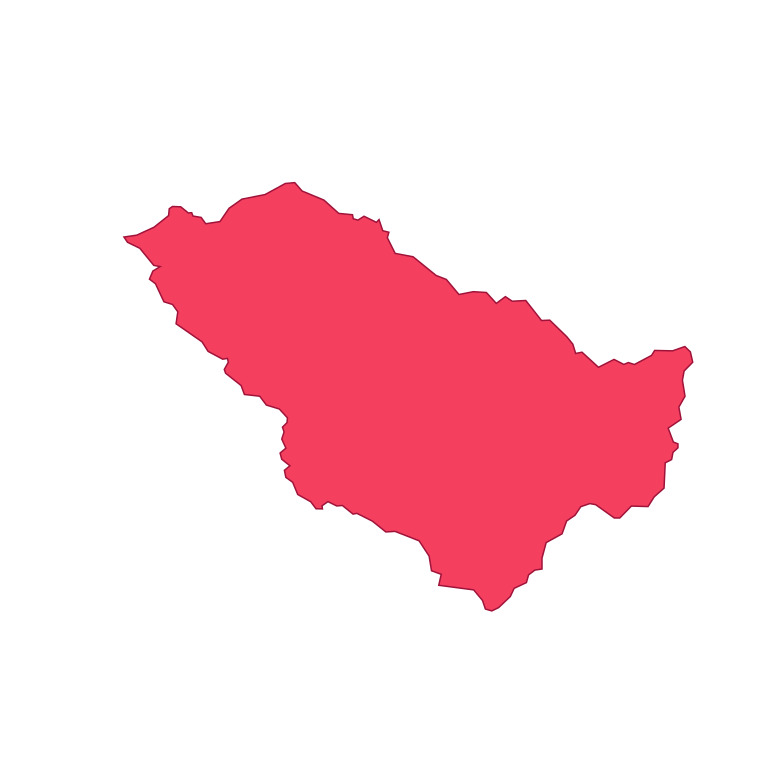 outline of Na Muen, Nan, Thailand, rotated 205°
{"feature_id": "78962969B50477560257037", "entity_name": "Na Muen", "entity_type": "district", "adm_level": 2, "iso_a3": "THA", "parent_name": "Thailand", "parent_adm1": "Nan", "projection": "albers", "projection_center": [100.638, 18.137], "detail": "medium", "context": "isolated", "style": "filled", "palette": "rose", "viewbox_px": 768, "rotation_deg": 205, "n_neighbors": 0, "source": "geoboundaries", "source_scale": "gbopen_adm2", "svg_char_len": 1949}
<svg xmlns="http://www.w3.org/2000/svg" viewBox="0 0 768 768"><g transform="rotate(205 384 384)"><path d="M681.8,407.3L676.3,404.0L662.7,403.8L642.8,394.2L636.5,395.8L641.2,388.7L640.9,379.9L633.5,378.3L618.2,365.5L609.3,366.7L601.4,362.3L597.9,350.7L566.7,345.3L557.2,339.2L540.7,338.3L536.7,341.0L534.3,337.9L534.9,329.7L532.1,326.8L512.8,322.2L506.1,315.5L491.5,320.4L481.7,315.2L468.3,317.1L457.2,312.5L455.6,308.0L457.8,302.0L454.3,298.3L453.4,290.9L445.8,284.4L449.0,277.5L444.9,272.6L434.7,270.1L437.8,263.7L433.5,257.9L425.2,256.3L415.5,247.4L400.6,246.3L392.9,242.2L387.0,244.8L388.7,247.4L385.1,253.7L375.3,253.5L370.4,256.3L357.1,253.0L353.9,255.3L336.6,254.8L319.8,250.7L311.7,255.1L285.9,256.7L270.4,247.1L262.0,234.8L251.7,235.7L249.3,224.7L215.7,235.3L203.2,229.4L197.0,222.9L190.4,223.9L185.6,229.8L179.7,244.8L179.7,253.8L171.0,264.2L172.3,272.1L168.6,279.1L162.6,283.1L167.2,292.9L170.0,308.8L159.3,323.5L160.6,337.0L155.4,345.8L153.8,356.0L146.9,362.6L141.2,364.1L118.7,359.9L113.7,362.2L108.2,377.9L92.9,384.5L91.4,396.0L86.2,408.0L95.8,431.4L91.4,437.1L93.2,444.2L90.6,450.4L92.3,454.0L97.2,453.7L107.8,464.1L99.8,477.5L107.0,487.7L106.0,500.1L115.1,513.5L117.5,522.6L113.4,534.2L119.9,542.6L127.2,545.1L136.5,536.0L152.9,528.8L153.6,523.0L165.3,507.5L171.6,506.7L174.9,503.1L185.9,503.5L196.7,489.8L218.0,496.5L223.2,492.7L229.7,499.9L238.3,504.1L260.8,511.9L268.1,508.1L290.8,519.6L302.8,513.2L310.9,514.5L316.3,504.5L329.9,510.2L342.1,505.4L353.9,496.8L371.7,505.1L382.7,504.4L411.4,511.6L429.1,507.1L442.8,518.0L443.7,523.6L449.9,522.4L458.0,530.9L459.2,527.3L473.0,527.6L476.9,521.5L481.7,520.8L484.1,524.1L497.1,519.5L516.2,525.3L539.8,524.3L550.0,528.8L558.2,524.0L571.9,505.4L590.8,491.6L598.7,477.8L601.3,461.9L613.3,453.9L620.1,457.7L628.1,455.5L630.7,458.0L633.6,456.3L643.1,458.7L650.7,455.5L652.7,452.1L650.4,445.6L658.7,428.9L671.0,414.4L681.8,407.3Z" fill="#f43f5e" stroke="#9f1239" stroke-width="1.5"/></g></svg>